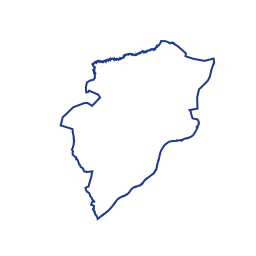 the district of Briģu pag., Ludzas, Latvia, rotated 291°
{"feature_id": "27541924B47965156776634", "entity_name": "Briģu pag.", "entity_type": "district", "adm_level": 2, "iso_a3": "LVA", "parent_name": "Latvia", "parent_adm1": "Ludzas", "projection": "mercator", "projection_center": [28.122, 56.451], "detail": "fine", "context": "isolated", "style": "outline", "palette": "blue", "viewbox_px": 256, "rotation_deg": 291, "n_neighbors": 0, "source": "geoboundaries", "source_scale": "gbopen_adm2", "svg_char_len": 5632}
<svg xmlns="http://www.w3.org/2000/svg" viewBox="0 0 256 256"><g transform="rotate(291 128 128)"><path d="M87.5,163.7L94.5,168.0L95.5,168.3L95.4,168.4L97.5,168.9L97.6,168.7L98.5,168.8L98.5,169.1L100.1,169.2L102.6,168.9L102.6,168.6L108.6,167.9L108.6,168.1L110.0,168.0L111.8,167.6L116.5,167.0L118.8,167.0L120.8,167.3L124.1,168.0L126.2,168.8L129.1,170.7L130.0,171.4L131.3,173.4L133.7,178.4L134.1,178.3L134.4,179.5L135.4,181.3L135.2,181.5L135.7,182.2L135.5,182.5L136.2,183.1L136.5,182.9L138.5,185.0L139.5,186.6L140.0,187.2L139.8,187.3L140.4,187.9L140.4,187.6L141.9,189.5L144.1,191.1L145.0,191.5L148.4,192.2L153.6,192.8L153.7,191.8L156.1,192.7L156.8,192.7L157.3,192.4L158.1,192.5L158.8,192.1L160.6,190.4L160.9,189.8L160.4,186.6L160.2,185.1L160.3,184.8L160.5,184.4L161.4,183.7L166.1,180.4L166.8,179.1L171.0,185.9L181.3,181.6L189.5,180.5L200.6,185.5L205.5,186.0L212.4,185.0L218.7,184.8L218.7,185.1L219.8,185.1L223.5,183.0L218.1,175.4L216.0,164.1L215.6,156.0L218.5,155.2L222.0,145.7L222.9,142.0L222.7,141.5L222.9,140.6L223.8,140.2L223.6,139.4L223.3,139.0L223.5,138.5L223.1,138.4L222.5,137.4L222.5,137.2L222.0,136.7L222.1,136.0L222.5,135.4L222.5,132.2L222.3,131.2L221.4,129.0L221.1,127.8L219.9,127.9L216.6,127.3L215.5,126.6L215.6,126.0L215.4,125.6L214.8,125.7L213.6,125.4L213.5,125.6L213.2,125.2L212.7,125.1L212.6,124.9L212.0,125.0L211.6,124.7L211.3,124.9L211.2,124.5L210.9,124.7L210.6,123.9L210.3,123.9L210.5,123.6L210.1,123.2L210.1,122.8L210.3,122.8L210.2,122.6L210.3,122.4L210.0,122.2L209.8,121.6L209.4,121.5L209.6,121.2L208.5,120.8L208.2,119.8L207.8,119.7L207.8,119.4L207.0,118.6L206.8,118.0L206.4,118.2L206.1,118.1L206.1,117.8L205.7,117.9L205.1,117.6L205.1,117.1L205.1,116.6L204.8,116.5L205.0,115.9L204.7,115.8L205.0,115.6L205.3,115.2L205.1,114.9L204.8,114.7L204.9,114.4L204.6,114.4L204.6,114.1L204.4,113.7L204.1,113.8L204.0,113.6L204.0,113.4L203.6,113.1L202.8,113.0L202.8,112.9L202.9,112.7L202.7,112.2L201.9,112.1L201.8,111.5L201.5,111.5L201.5,111.1L200.7,110.5L200.4,110.5L200.4,110.3L200.0,110.2L199.7,109.9L199.8,109.5L199.6,109.6L199.5,109.3L198.9,109.2L198.8,108.9L198.5,108.5L198.5,108.0L198.3,107.8L198.6,107.2L198.6,106.4L198.5,106.0L198.0,105.9L198.1,105.7L198.1,105.4L198.2,105.2L197.8,105.0L197.9,104.6L198.2,104.5L198.2,104.3L197.9,104.2L197.9,103.6L197.4,102.6L197.6,102.3L197.3,102.0L197.0,101.9L196.9,101.6L196.7,101.7L196.7,101.3L196.5,101.1L196.5,100.8L196.3,100.6L196.2,100.4L195.5,100.0L195.5,99.7L194.9,99.1L194.9,98.9L194.4,99.0L194.4,98.5L194.0,98.5L193.8,98.3L193.6,98.5L193.3,98.4L193.1,98.7L192.5,98.8L192.1,98.6L192.1,98.2L191.7,98.2L191.4,97.6L190.9,97.2L190.8,96.9L190.6,96.7L190.6,96.3L190.0,96.4L189.9,96.2L190.0,95.9L189.5,96.1L189.3,95.9L189.2,95.6L189.2,95.1L188.8,94.9L189.0,94.7L188.9,94.5L188.4,94.4L188.7,93.7L188.4,93.4L188.7,93.2L188.7,92.9L187.8,92.7L187.9,92.3L187.5,92.2L187.3,91.8L187.5,91.6L187.5,91.3L187.7,91.2L187.6,90.8L187.1,90.7L187.8,90.2L187.6,90.1L187.1,90.1L187.4,89.7L187.4,89.4L187.2,89.1L187.3,88.9L186.9,88.6L186.9,88.3L186.7,87.9L186.3,87.8L186.4,87.5L186.6,87.3L186.5,87.1L186.6,86.7L186.0,86.3L185.4,86.6L185.5,86.3L185.5,86.1L184.9,85.9L185.2,85.5L185.1,85.3L184.9,85.1L183.8,85.3L184.2,84.4L184.0,83.8L183.4,83.3L183.2,83.4L183.1,83.6L182.9,83.4L182.6,83.5L182.4,83.3L181.9,83.4L182.0,83.2L182.3,82.8L182.0,82.3L182.2,82.0L181.7,81.7L181.6,81.3L181.0,81.3L181.0,80.9L180.4,80.9L180.4,80.1L180.7,79.9L180.3,79.5L180.6,79.2L180.5,78.4L180.1,78.2L180.5,78.0L180.5,77.3L180.4,77.1L179.9,77.1L179.7,76.9L179.7,76.6L179.9,76.4L179.9,76.1L179.7,75.9L179.4,76.2L179.2,76.1L179.1,75.9L179.2,75.6L179.1,75.4L178.4,75.3L178.7,75.1L178.4,75.0L178.6,74.7L177.9,74.1L177.9,73.8L177.2,74.1L177.0,73.6L176.6,73.0L175.8,72.9L175.5,72.3L175.1,71.9L174.8,71.9L174.2,73.0L173.7,73.0L172.9,74.3L172.9,75.2L172.7,75.5L171.3,75.2L170.9,75.3L170.1,75.9L169.9,75.7L170.0,74.9L169.7,74.7L169.3,75.3L168.1,76.1L168.4,76.5L168.1,77.0L167.3,77.0L167.5,77.6L167.3,78.0L166.9,78.1L166.0,77.7L162.9,79.2L162.4,78.9L161.0,78.7L160.2,77.8L158.8,75.6L156.7,74.1L156.1,73.5L154.6,73.4L151.3,74.1L150.4,74.3L146.3,76.2L147.3,77.9L148.9,78.2L148.5,88.2L146.4,91.0L138.2,87.6L135.8,86.4L136.7,82.2L136.8,80.7L135.8,78.7L134.9,77.5L127.8,69.5L117.3,64.6L114.8,63.2L106.3,64.2L107.1,76.5L102.8,78.8L100.9,80.2L99.7,80.5L99.2,81.0L98.5,81.2L98.2,81.6L97.5,81.6L97.3,81.9L96.8,82.0L96.6,82.4L96.1,82.7L95.0,82.6L93.1,83.2L89.5,83.5L87.7,83.4L86.2,85.2L85.4,85.1L84.4,85.4L83.2,86.0L82.8,87.5L82.1,88.5L82.2,90.1L80.4,90.7L80.7,91.1L80.4,91.5L80.5,91.9L78.7,93.7L76.6,95.3L76.2,96.5L75.7,96.8L74.6,97.9L74.5,98.3L74.5,99.3L74.3,100.1L74.0,100.5L73.1,101.3L72.9,101.7L72.5,101.8L71.9,102.4L71.8,102.9L71.9,103.3L72.3,104.7L72.0,105.1L74.7,110.2L71.4,110.7L68.8,111.3L61.5,111.8L59.4,112.2L58.3,111.0L56.9,109.8L54.3,111.8L53.9,112.3L53.5,114.8L52.2,116.2L50.9,117.0L49.6,119.3L48.7,119.8L47.3,122.8L47.0,122.8L47.0,121.3L45.4,121.0L43.2,121.1L43.1,124.2L40.6,124.9L40.1,124.4L39.6,124.4L39.3,124.6L39.1,124.8L39.0,125.5L38.1,126.2L38.1,126.8L37.9,127.0L37.5,126.8L35.8,128.5L35.4,128.6L35.3,128.8L35.2,129.4L34.7,129.8L34.4,130.6L32.9,131.9L32.2,132.3L32.8,132.7L36.5,134.7L36.5,135.0L37.5,135.7L37.6,135.4L38.5,135.9L38.4,136.1L40.1,137.2L42.0,138.1L41.9,138.2L43.3,139.1L48.6,141.2L51.2,141.9L53.2,142.7L53.4,142.5L56.0,143.2L58.3,144.2L58.8,144.5L58.7,144.6L58.9,144.8L60.2,145.5L61.7,147.0L62.9,147.9L62.7,148.3L65.2,150.5L65.4,150.3L66.4,151.2L67.6,152.0L70.1,152.5L73.2,153.6L74.7,154.7L76.1,156.2L75.8,156.4L78.4,159.1L78.3,159.3L78.8,159.7L78.8,159.8L80.6,161.2L81.5,161.4L81.5,161.1L81.8,161.3L84.9,162.3L85.8,162.8L85.8,162.6L87.6,163.5L87.5,163.7Z" fill="none" stroke="#1e3a8a" stroke-width="2"/></g></svg>